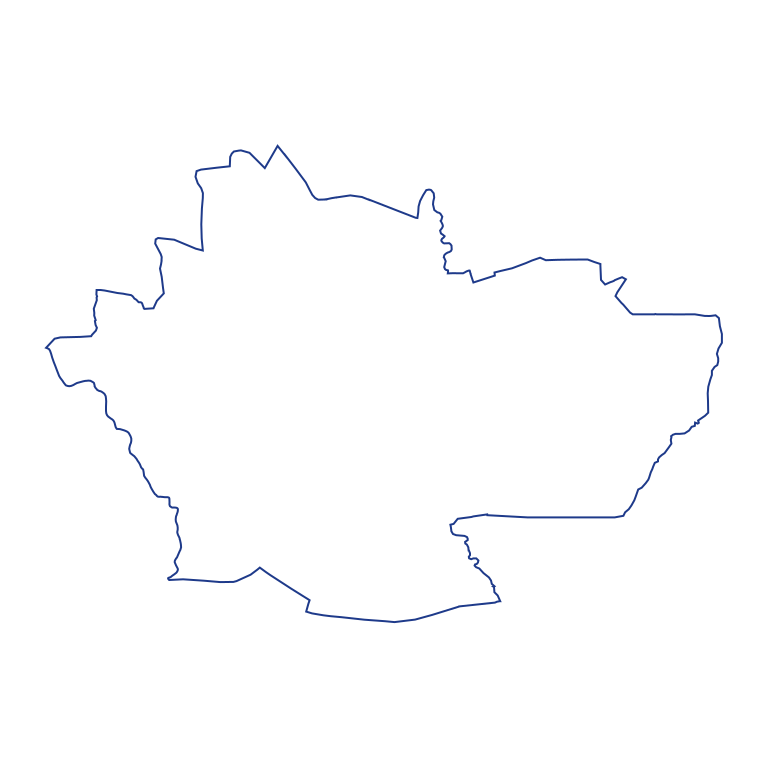 outline of Moshi Urban, Kilimanjaro, United Republic of Tanzania
{"feature_id": "72390352B76512132105243", "entity_name": "Moshi Urban", "entity_type": "district", "adm_level": 2, "iso_a3": "TZA", "parent_name": "United Republic of Tanzania", "parent_adm1": "Kilimanjaro", "projection": "albers", "projection_center": [37.332, -3.346], "detail": "fine", "context": "isolated", "style": "outline", "palette": "blue", "viewbox_px": 768, "rotation_deg": 0, "n_neighbors": 0, "source": "geoboundaries", "source_scale": "gbopen_adm2", "svg_char_len": 6050}
<svg xmlns="http://www.w3.org/2000/svg" viewBox="0 0 768 768"><path d="M169.2,580.0L183.0,579.3L203.9,580.7L220.4,582.1L233.5,581.9L236.5,581.1L250.6,574.7L257.4,569.6L259.8,567.6L265.8,572.0L270.3,575.1L291.4,588.8L309.6,600.2L308.4,603.7L306.2,611.6L312.1,613.4L323.4,615.3L330.7,616.2L341.6,617.2L364.4,619.7L384.9,621.2L394.5,622.1L415.1,619.6L432.2,614.9L459.3,606.5L459.3,606.4L495.0,602.6L497.0,601.7L499.8,601.2L500.2,601.2L497.7,595.5L494.4,592.2L494.0,586.9L493.4,586.6L494.4,586.2L491.8,583.9L491.0,580.5L488.9,577.4L483.5,573.1L479.3,568.5L476.1,567.2L474.6,565.6L475.0,564.5L476.8,563.9L477.9,562.6L478.4,560.5L476.3,558.4L473.3,558.4L471.2,559.2L469.1,558.3L468.8,556.8L470.0,555.2L470.0,553.2L468.9,550.4L468.6,550.4L468.3,547.3L466.9,544.6L465.3,543.5L465.1,541.9L467.7,540.1L467.7,538.7L467.0,537.1L464.5,535.9L456.2,535.2L453.0,534.0L451.4,531.3L450.9,527.2L450.4,524.7L453.6,523.9L457.7,518.8L471.3,517.0L473.4,516.4L487.2,514.4L487.3,515.2L527.6,517.4L614.7,517.4L623.4,515.8L625.1,512.3L628.8,509.2L631.4,505.5L634.3,500.3L635.7,496.6L638.2,489.5L641.7,487.7L645.7,483.2L648.3,479.7L649.1,477.7L650.8,472.3L652.3,469.1L653.1,466.8L654.8,462.8L656.0,462.3L658.0,461.4L658.0,459.4L659.1,457.4L661.7,455.1L664.6,453.1L668.8,447.4L671.4,443.7L670.8,439.9L671.4,437.4L671.1,436.2L672.0,435.6L672.8,434.8L675.4,433.9L679.4,433.9L684.6,433.4L689.1,430.5L691.7,426.8L694.8,425.9L695.1,422.6L697.7,423.6L698.8,422.8L698.1,420.5L705.0,415.8L708.2,412.7L708.0,400.8L707.7,393.3L708.3,386.7L710.4,379.2L711.9,375.0L711.9,370.8L714.6,366.9L717.3,365.1L718.2,361.5L718.2,358.2L716.9,353.9L718.5,348.5L721.9,342.8L721.9,334.0L719.9,326.2L718.9,318.1L715.6,315.3L711.0,315.9L709.0,316.0L704.6,315.9L694.7,314.3L680.5,314.4L656.6,314.3L655.2,314.0L654.8,314.3L632.7,314.3L630.1,312.6L623.2,304.6L621.4,302.9L615.5,296.1L617.3,292.3L625.9,279.3L622.1,277.2L618.5,278.6L614.7,280.2L614.0,280.8L612.4,281.5L610.3,282.2L607.6,283.4L605.1,284.5L601.0,279.9L600.4,265.8L600.4,264.0L594.3,262.0L587.6,259.5L572.1,259.6L558.1,259.8L545.8,260.2L540.1,257.7L532.0,260.5L525.9,263.1L512.0,268.3L500.9,270.9L494.5,272.5L494.8,275.6L473.4,282.5L470.6,274.1L470.7,273.9L470.5,273.6L469.7,270.6L469.1,270.5L468.1,270.8L466.5,271.4L464.6,272.5L463.0,273.3L452.6,273.2L447.8,273.4L448.1,271.0L447.9,270.3L446.2,270.0L445.0,269.1L444.2,267.1L445.7,261.2L444.1,257.6L443.8,257.4L444.2,255.5L444.3,255.2L445.2,254.2L446.2,253.4L447.8,252.5L448.9,252.2L450.4,251.4L451.1,250.8L451.7,249.4L451.5,245.6L450.4,244.1L449.2,243.2L444.1,243.4L442.9,242.7L441.6,241.3L441.3,240.2L442.0,238.8L443.3,237.8L444.2,236.9L444.6,236.2L442.8,234.7L441.0,233.5L440.1,230.6L441.0,229.4L442.0,228.1L442.8,226.5L442.8,225.4L442.4,224.2L442.0,223.3L441.1,221.6L440.6,220.9L441.3,220.1L442.3,216.7L440.4,213.7L439.1,212.8L437.3,212.3L434.3,210.0L433.0,204.4L433.3,201.3L434.2,197.6L433.7,193.3L431.3,190.3L430.7,189.9L429.0,189.6L426.3,190.1L423.1,195.2L420.1,201.0L418.6,206.4L418.2,212.5L417.4,218.0L415.9,217.8L416.0,217.9L369.2,199.7L369.2,199.9L361.9,197.0L350.3,195.4L336.7,197.4L336.4,197.5L336.3,197.4L331.4,198.2L327.3,199.1L325.0,199.4L325.1,199.5L318.2,199.7L315.1,198.0L312.3,194.9L309.8,190.2L305.8,182.4L295.6,168.7L285.6,155.7L285.6,155.9L277.6,145.9L264.8,168.1L249.5,152.8L241.0,150.4L238.9,150.6L233.9,151.5L231.8,153.6L230.2,156.9L229.8,166.3L216.8,167.7L201.0,169.6L196.6,171.1L195.5,176.8L197.8,183.4L201.2,188.2L202.9,193.1L202.8,198.1L201.9,208.6L201.3,224.3L201.7,238.5L202.8,250.5L195.8,248.7L174.2,239.7L158.1,238.0L155.7,239.4L155.2,243.6L160.7,254.0L161.7,257.0L161.5,260.7L161.6,260.8L161.0,264.5L160.0,268.6L161.7,276.8L163.0,287.7L163.8,293.4L156.9,300.8L153.9,307.3L153.5,308.3L144.4,308.9L143.8,308.4L143.7,307.6L142.9,305.7L142.2,303.6L141.7,302.8L140.8,302.3L138.6,302.2L136.4,299.8L134.3,298.5L133.7,297.6L132.5,296.1L131.0,295.1L126.1,294.3L123.2,293.7L117.4,293.0L104.6,290.5L100.7,290.0L96.6,290.0L96.4,294.5L97.1,296.5L96.6,297.4L96.8,300.2L93.8,308.7L94.3,312.9L94.2,315.6L95.7,320.2L94.9,321.0L95.6,325.0L96.9,327.8L95.9,330.6L92.0,334.8L91.2,336.2L80.4,336.9L60.4,337.4L54.6,338.7L46.1,347.8L47.7,348.4L49.1,349.2L50.1,350.9L51.1,353.7L52.2,357.6L53.8,362.2L55.2,365.7L56.7,369.7L59.1,375.9L60.3,377.9L62.6,380.9L63.6,382.5L65.8,385.3L67.4,385.9L69.2,386.2L71.2,385.9L73.4,385.0L74.9,384.1L77.0,383.0L83.2,381.3L85.2,380.9L86.7,380.8L88.3,380.6L90.5,380.8L93.0,382.2L93.9,382.9L94.1,383.4L94.3,384.4L94.6,385.3L94.6,386.3L95.6,388.0L96.3,388.7L97.2,389.9L99.3,391.0L100.5,391.2L101.6,391.7L103.6,393.1L104.6,394.1L105.7,396.2L106.0,398.6L106.2,401.4L106.0,406.7L106.0,411.0L106.3,413.4L107.0,415.1L108.1,416.5L110.8,418.5L112.2,419.4L113.3,420.4L114.1,421.7L114.6,423.0L115.4,426.1L115.8,427.4L116.8,428.9L120.0,429.1L124.3,430.4L125.8,431.0L127.4,431.8L128.6,432.8L129.6,434.5L130.6,436.4L131.3,438.6L131.3,440.9L130.9,442.9L130.1,444.8L129.6,446.7L129.2,448.9L130.0,452.3L130.4,453.2L131.6,454.1L132.7,455.0L134.3,456.2L136.6,459.0L137.5,460.6L138.9,462.6L139.9,464.3L141.1,467.3L142.2,468.7L143.1,469.4L143.6,471.9L144.1,475.8L145.2,477.6L146.1,478.7L147.1,480.0L148.1,481.5L149.9,484.8L150.5,486.6L151.4,488.4L153.2,491.5L154.9,494.0L156.3,495.1L156.7,495.7L157.2,496.2L157.8,496.6L159.1,496.8L160.7,496.7L161.7,496.9L162.4,496.9L163.0,497.0L165.0,497.2L167.5,497.2L168.4,497.4L169.0,497.7L169.3,498.3L169.4,499.0L169.5,501.9L169.5,503.2L169.4,504.1L169.7,505.5L170.0,506.2L171.7,507.4L172.8,507.6L173.7,507.5L175.5,507.6L176.5,507.8L177.2,508.1L177.7,508.6L177.9,509.4L177.8,511.1L177.4,512.7L177.0,513.6L176.6,515.1L176.1,516.2L175.9,517.3L175.7,519.5L175.8,520.6L175.9,521.6L177.4,525.4L177.7,527.5L177.7,529.6L177.3,531.7L177.3,532.7L178.0,534.9L179.2,537.3L179.6,538.3L179.7,539.2L180.0,540.0L180.7,543.2L180.9,544.5L181.1,547.3L180.3,550.0L179.6,551.3L176.9,557.6L176.2,558.3L175.1,560.2L174.8,561.0L174.7,562.2L176.0,565.3L177.7,568.5L177.9,569.3L177.7,570.4L177.2,571.5L176.4,572.7L174.2,574.4L172.3,575.7L170.6,577.1L168.6,577.8L168.1,578.2L168.2,578.8L168.7,579.5L169.2,580.0Z" fill="none" stroke="#1e3a8a" stroke-width="2"/></svg>